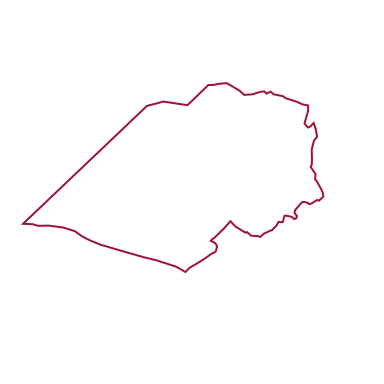 outline of Tanout, Zinder, Niger, rotated 226°
{"feature_id": "23599985B69081741011402", "entity_name": "Tanout", "entity_type": "district", "adm_level": 2, "iso_a3": "NER", "parent_name": "Niger", "parent_adm1": "Zinder", "projection": "natural_earth1", "projection_center": [8.581, 15.143], "detail": "fine", "context": "isolated", "style": "outline", "palette": "rose", "viewbox_px": 384, "rotation_deg": 226, "n_neighbors": 0, "source": "geoboundaries", "source_scale": "gbopen_adm2", "svg_char_len": 1342}
<svg xmlns="http://www.w3.org/2000/svg" viewBox="0 0 384 384"><g transform="rotate(226 192 192)"><path d="M105.1,287.2L107.1,287.6L111.8,289.0L115.7,289.4L119.1,293.3L127.6,294.8L128.6,297.3L132.8,301.6L139.4,307.6L144.1,315.2L144.9,320.4L150.9,324.5L157.1,327.4L157.0,322.1L157.9,320.2L163.1,320.5L169.8,332.0L173.6,335.6L178.2,332.4L184.4,329.9L194.1,324.7L197.9,323.9L205.6,318.6L209.5,318.2L211.1,313.9L214.1,314.0L216.7,310.6L220.2,303.4L225.6,297.0L231.0,296.7L241.2,294.1L246.3,292.5L250.7,287.1L254.0,282.0L257.6,278.1L257.6,249.1L263.0,244.9L277.1,234.1L278.7,230.9L285.2,219.5L285.3,207.7L286.5,48.4L279.4,55.1L274.6,57.8L267.2,65.7L256.0,74.6L245.3,80.5L236.1,82.2L227.8,85.1L217.6,89.6L196.5,101.6L178.4,112.1L168.2,118.6L149.1,128.8L139.0,131.7L139.2,137.6L136.9,146.8L135.2,155.2L134.1,162.9L132.9,166.3L132.8,168.1L135.7,172.5L139.1,173.2L143.8,171.6L144.1,174.3L143.5,175.3L143.6,190.4L144.3,199.4L137.4,199.2L125.6,202.2L124.9,203.7L119.5,204.2L114.7,208.5L112.2,210.1L112.1,214.7L109.6,222.0L109.0,222.7L109.2,229.6L110.4,233.6L107.9,235.6L107.4,236.6L110.6,241.9L110.0,243.0L105.1,246.3L101.5,246.7L100.7,248.8L101.8,250.8L105.8,251.2L107.4,253.7L108.2,264.3L106.6,266.0L104.1,267.7L101.9,267.7L100.7,270.1L99.4,276.4L97.5,277.4L97.5,283.4L100.3,285.4L105.1,287.2Z" fill="none" stroke="#9f1239" stroke-width="2"/></g></svg>